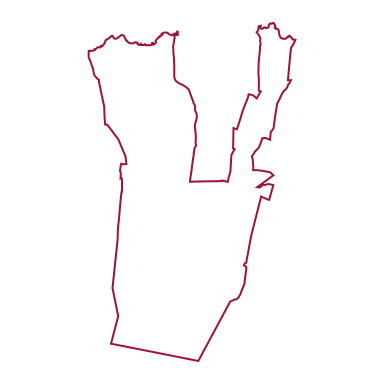 Sagaga le Falefa, A'ana, Samoa (Robinson projection)
{"feature_id": "51752279B7891864282518", "entity_name": "Sagaga le Falefa", "entity_type": "district", "adm_level": 2, "iso_a3": "WSM", "parent_name": "Samoa", "parent_adm1": "A'ana", "projection": "robinson", "projection_center": [-171.867, -13.864], "detail": "fine", "context": "isolated", "style": "outline", "palette": "rose", "viewbox_px": 384, "rotation_deg": 0, "n_neighbors": 0, "source": "geoboundaries", "source_scale": "gbopen_adm2", "svg_char_len": 4823}
<svg xmlns="http://www.w3.org/2000/svg" viewBox="0 0 384 384"><path d="M166.1,354.6L198.3,361.0L230.1,301.7L234.5,299.5L236.3,299.4L237.1,298.9L238.4,297.5L239.1,296.4L240.6,293.7L241.3,291.4L242.2,289.4L244.2,284.5L244.5,283.4L244.7,280.6L245.1,278.8L245.1,277.6L246.0,271.4L246.2,269.6L246.3,267.0L246.0,266.7L244.5,265.7L243.9,265.2L245.0,263.2L245.9,262.9L246.4,262.4L246.9,258.3L247.9,253.8L249.4,245.3L249.9,242.8L250.3,240.5L250.7,238.6L251.5,234.5L261.1,196.6L264.2,197.9L267.0,199.2L268.1,199.6L269.2,199.8L273.3,185.1L270.4,184.4L268.2,184.0L267.4,184.2L265.5,184.9L263.5,184.9L262.3,185.3L260.1,187.2L259.1,187.5L257.2,187.2L273.4,175.3L270.0,172.2L262.3,170.8L256.8,170.1L255.0,170.2L253.1,170.1L253.3,166.7L252.8,161.2L252.8,159.8L252.5,158.4L251.9,156.9L252.1,155.9L254.1,153.2L254.7,151.9L256.8,149.8L258.4,148.1L259.7,145.6L261.2,141.5L262.3,138.2L264.5,138.1L265.0,137.8L270.0,139.7L270.8,131.8L272.0,130.6L273.5,128.4L275.1,116.7L275.7,112.6L276.5,107.7L276.9,105.6L276.9,105.1L277.4,103.1L279.7,98.9L280.9,96.0L282.3,93.3L284.1,90.6L286.0,89.2L287.2,87.3L288.2,84.5L289.4,83.2L290.9,80.2L287.9,80.2L288.3,75.9L290.7,50.3L291.2,47.5L293.3,44.3L295.4,39.9L294.1,39.5L293.0,39.6L292.0,38.6L291.7,37.6L291.0,37.2L289.5,35.8L288.0,36.6L288.1,37.0L286.9,37.4L286.9,37.7L286.1,38.5L285.2,38.8L284.7,38.7L283.0,38.9L282.2,38.3L281.2,38.1L280.7,37.7L279.8,36.2L279.3,34.4L278.9,32.5L279.0,31.8L278.4,29.5L276.8,28.9L276.1,28.9L275.2,28.4L274.7,27.5L275.5,27.2L275.1,25.2L274.6,25.0L274.2,23.7L273.7,23.0L272.6,23.2L271.4,23.8L270.5,23.3L269.2,24.4L269.0,25.7L268.4,26.5L268.4,27.3L268.0,27.6L266.4,28.1L265.3,27.8L265.1,27.4L264.3,27.4L263.5,27.7L263.0,28.3L261.9,28.9L260.2,28.0L260.1,26.6L260.8,26.0L260.8,25.7L259.0,26.1L258.5,27.0L258.5,28.9L257.8,30.7L257.1,31.8L256.6,32.0L256.0,31.4L257.4,33.2L258.9,35.1L259.6,36.5L260.2,37.8L260.3,38.1L260.1,41.2L260.7,43.9L260.1,45.4L259.8,51.3L259.0,58.8L258.6,64.2L258.4,73.4L258.9,79.3L258.8,90.6L260.7,91.4L256.7,98.4L253.2,95.4L250.4,94.6L248.6,94.3L247.9,97.6L242.7,110.8L239.7,120.9L236.9,129.3L233.5,128.1L233.1,148.5L234.6,149.0L231.4,155.0L230.4,171.7L228.8,177.1L227.9,181.1L227.6,182.0L224.8,181.0L224.4,180.8L222.0,180.6L222.0,181.1L203.7,181.4L197.3,181.5L190.0,181.7L190.0,180.9L190.7,175.8L191.5,170.7L192.4,163.3L193.9,153.4L193.7,152.5L194.2,150.8L194.3,148.7L194.7,147.8L196.1,145.5L195.7,144.1L195.6,142.0L195.8,138.1L195.9,136.7L195.7,135.6L195.6,132.6L195.1,130.8L195.4,129.1L194.8,127.6L194.9,125.4L195.4,122.6L196.2,120.6L196.5,119.4L196.8,116.7L196.8,115.2L196.6,114.0L195.9,112.1L195.1,110.5L195.0,109.5L195.2,107.4L195.0,105.8L193.7,103.4L193.2,101.6L190.4,94.0L189.4,91.2L188.9,89.9L188.1,88.7L183.6,85.4L179.6,83.6L177.5,82.3L176.0,81.1L175.4,80.1L174.7,78.8L174.3,76.8L174.2,74.7L174.3,73.3L174.2,69.1L174.3,66.6L173.9,57.8L173.4,52.6L173.3,49.3L173.1,46.4L173.7,43.0L174.3,39.3L174.7,38.0L174.2,35.3L176.4,35.0L177.7,35.0L177.9,31.8L177.8,31.7L177.2,31.5L176.9,32.2L175.6,33.9L174.8,34.2L174.5,33.7L173.8,33.9L173.8,34.7L172.7,34.7L172.1,35.2L171.5,35.3L170.6,34.7L170.0,34.7L169.5,34.4L168.7,34.1L168.2,33.7L167.6,32.7L164.5,32.5L163.1,32.9L162.7,33.2L162.5,34.0L162.2,33.6L161.5,34.0L161.6,35.2L161.1,35.6L159.9,36.0L160.0,36.7L158.9,37.4L158.5,37.3L158.4,37.8L157.9,38.2L156.0,40.1L155.5,41.2L156.0,42.3L155.2,43.6L154.0,44.3L153.2,44.5L153.0,43.0L152.5,42.9L151.9,43.1L152.2,44.8L151.1,45.1L149.7,45.3L148.8,45.1L148.4,45.3L146.7,45.2L146.1,44.9L145.6,45.1L145.3,44.4L144.7,44.3L144.7,44.9L144.2,45.0L142.3,45.0L141.2,45.0L140.9,44.1L140.4,45.0L138.7,44.8L137.7,44.1L138.0,43.6L137.3,43.0L137.3,42.6L136.4,42.5L135.6,42.2L134.8,42.4L133.7,43.1L132.5,43.3L130.3,43.3L129.6,43.1L128.5,42.5L126.8,41.0L126.8,40.5L125.9,40.0L125.0,38.1L124.0,35.9L123.4,35.4L122.5,35.0L121.0,35.3L119.9,36.2L117.9,37.7L116.4,38.6L115.9,38.7L114.3,38.6L113.5,37.5L112.6,35.8L111.8,35.8L110.2,37.1L107.4,39.3L106.1,39.8L105.7,40.3L105.3,41.5L104.9,41.7L104.6,42.8L104.6,43.6L104.1,43.7L103.3,45.1L102.5,45.9L101.9,46.3L101.5,45.7L100.8,46.0L101.0,46.9L99.7,47.5L98.1,47.2L97.2,47.6L96.2,48.7L95.2,49.2L94.6,49.1L94.3,49.6L94.6,50.0L93.1,50.7L90.2,50.9L90.1,50.7L88.7,50.9L88.7,54.3L88.6,55.5L88.7,57.4L90.1,60.5L91.2,63.6L92.2,66.9L93.2,68.8L93.3,70.9L93.9,73.6L94.6,75.6L96.4,77.6L97.1,78.5L98.8,79.7L99.0,82.2L99.4,83.9L103.6,103.9L104.1,106.0L104.4,111.5L104.5,116.2L104.9,121.3L105.1,124.5L107.5,124.8L107.9,125.8L108.6,126.5L110.9,129.4L114.4,134.2L118.4,139.5L125.5,156.4L126.4,164.0L123.7,164.3L122.5,164.2L121.3,163.7L120.7,165.6L120.0,171.0L120.7,172.6L120.8,174.1L120.6,178.4L121.3,177.9L122.0,179.2L122.0,191.7L121.5,191.8L120.6,200.0L118.7,222.1L118.4,223.4L118.2,225.8L117.8,231.3L117.8,232.6L117.7,236.9L117.5,240.4L116.8,247.3L112.5,288.0L118.2,316.2L111.0,343.7L140.3,349.5L166.1,354.6Z" fill="none" stroke="#9f1239" stroke-width="2"/></svg>